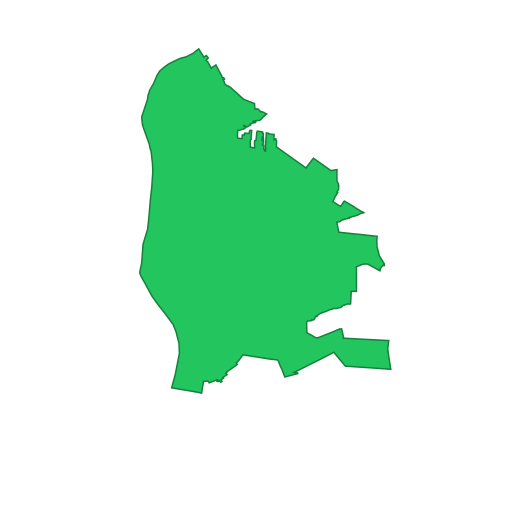 Topalu, Constanta, Romania (Natural Earth projection), rotated 28°
{"feature_id": "2599482B85456823003840", "entity_name": "Topalu", "entity_type": "district", "adm_level": 2, "iso_a3": "ROU", "parent_name": "Romania", "parent_adm1": "Constanta", "projection": "natural_earth1", "projection_center": [28.102, 44.537], "detail": "fine", "context": "isolated", "style": "filled", "palette": "green", "viewbox_px": 512, "rotation_deg": 28, "n_neighbors": 0, "source": "geoboundaries", "source_scale": "gbopen_adm2", "svg_char_len": 5902}
<svg xmlns="http://www.w3.org/2000/svg" viewBox="0 0 512 512"><g transform="rotate(28 256 256)"><path d="M243.4,412.0L254.6,408.3L262.6,405.6L269.5,403.4L272.4,402.6L270.5,397.3L268.6,391.4L271.9,389.2L273.1,389.2L274.2,390.0L280.1,383.2L281.0,383.7L280.6,384.9L281.4,384.7L282.2,383.4L284.1,384.0L284.9,382.8L283.3,381.5L284.7,379.1L283.8,378.7L286.2,374.2L284.4,373.8L284.9,372.7L284.5,372.4L290.4,360.6L288.9,359.8L288.7,359.7L289.2,358.9L289.4,358.3L289.9,356.0L290.4,352.7L290.7,350.0L291.2,349.4L292.3,348.9L307.7,343.6L318.1,340.0L318.2,339.9L322.7,338.1L324.0,337.7L325.1,338.3L328.8,341.5L332.8,344.5L338.2,349.3L348.1,340.2L347.6,339.7L345.9,340.3L344.8,340.7L344.3,340.8L344.5,340.6L353.5,327.9L362.2,315.7L369.2,305.5L369.9,304.5L386.6,311.3L409.8,300.9L427.9,292.9L428.2,292.8L419.5,281.2L415.8,275.9L412.9,268.3L412.6,268.5L388.8,279.6L371.8,287.5L371.7,287.6L371.4,286.6L365.8,280.1L364.7,281.4L364.2,281.0L357.3,289.5L349.7,298.4L348.7,299.3L347.9,299.7L347.0,300.0L346.4,300.1L343.0,299.9L339.4,299.9L336.7,299.7L336.7,299.4L333.4,293.7L331.9,290.7L331.8,290.1L331.8,289.8L332.0,289.3L334.8,287.4L335.2,287.1L335.2,286.1L335.7,286.1L336.3,285.9L336.7,285.6L336.9,285.3L337.2,284.4L337.3,284.1L337.2,283.4L336.9,282.5L337.0,282.1L337.4,281.4L338.1,280.8L337.7,280.6L337.8,280.5L338.5,278.9L339.1,277.5L339.9,276.4L340.8,275.5L341.2,274.8L341.5,274.5L342.5,273.4L343.1,272.9L345.2,270.3L346.8,268.4L347.7,267.6L348.2,267.3L348.7,266.4L349.2,265.8L349.3,265.7L350.2,265.4L351.3,264.8L351.9,264.4L352.5,263.8L353.1,263.2L354.3,262.2L354.7,261.9L355.5,260.8L355.8,259.4L356.0,258.8L356.8,258.2L357.3,257.7L357.8,256.9L358.4,256.5L359.3,255.5L359.9,255.1L360.9,254.7L362.0,253.9L356.7,242.5L356.7,242.4L361.3,240.1L355.4,228.9L350.1,219.0L350.0,218.7L349.6,218.5L354.2,213.1L356.4,211.7L358.4,210.7L372.4,210.9L372.4,210.4L371.6,209.3L372.3,205.0L373.5,204.5L373.8,204.2L373.6,203.8L372.8,203.3L373.1,202.8L364.8,197.9L360.9,193.6L358.4,191.0L358.2,190.8L357.6,189.4L355.6,185.9L354.6,183.9L354.0,182.4L353.7,181.7L350.4,183.1L339.7,187.3L333.2,190.0L318.0,196.1L311.4,188.3L312.9,187.2L313.6,186.6L314.3,185.5L314.5,185.0L315.3,183.6L315.3,183.2L315.8,183.1L316.4,182.8L317.9,181.1L319.0,180.2L319.3,179.7L319.5,179.5L320.6,179.0L320.1,178.4L320.2,178.1L320.9,177.6L321.2,177.6L322.9,175.7L323.5,175.2L324.6,174.2L325.0,173.7L325.6,173.1L326.3,172.5L326.6,172.2L326.7,171.9L327.3,171.0L328.0,170.0L328.7,169.1L329.0,168.7L329.7,168.2L330.1,167.7L330.4,167.6L330.9,167.1L330.5,167.0L330.2,167.1L328.9,167.1L328.1,167.2L321.5,166.8L317.7,166.4L314.3,166.3L312.0,166.2L308.8,166.0L308.3,166.0L308.0,166.5L307.9,167.6L307.7,170.2L307.5,171.7L307.4,172.4L305.8,172.4L298.3,171.9L298.1,166.6L298.3,161.6L297.5,161.5L297.6,159.0L297.6,158.3L297.5,158.0L296.9,156.9L296.1,155.2L295.1,153.9L294.3,153.1L293.2,152.4L292.7,152.0L292.0,151.5L291.1,149.6L289.1,146.0L287.0,141.7L282.0,145.4L260.8,142.7L260.5,144.1L258.8,154.8L249.5,153.6L232.7,151.4L222.7,150.0L220.2,144.8L219.5,144.5L218.5,143.2L217.6,144.1L217.4,144.9L217.3,145.0L216.8,144.1L214.9,140.2L214.8,140.3L209.5,142.4L209.2,141.8L207.3,142.5L207.9,143.7L208.5,144.9L209.8,148.0L210.6,149.6L211.3,151.0L211.8,152.1L212.4,153.6L215.2,158.9L214.9,159.1L214.6,159.1L214.0,158.9L213.7,158.6L213.3,158.1L212.9,158.0L212.8,157.9L212.6,157.8L211.7,156.0L210.9,154.5L210.8,154.4L210.6,154.4L210.4,154.5L209.6,155.0L209.3,154.7L209.1,154.4L209.0,154.0L209.2,153.4L209.7,152.6L208.4,150.5L207.3,151.4L206.7,150.4L206.8,150.2L207.7,149.3L207.2,148.5L206.5,148.8L206.1,148.9L205.7,148.3L205.6,147.8L206.4,147.3L205.0,144.4L204.2,144.6L203.6,143.4L201.0,144.2L198.5,145.2L198.6,146.1L198.9,147.0L200.6,151.2L201.3,152.9L201.6,153.7L201.6,154.0L200.8,154.6L200.8,154.9L200.8,155.2L201.8,157.4L202.6,158.6L204.0,161.3L199.8,162.5L196.5,156.3L196.6,156.0L196.9,155.8L197.0,155.3L196.2,153.8L194.5,150.1L193.4,147.3L193.1,147.1L192.8,147.2L191.9,147.8L191.7,148.1L191.6,148.4L191.6,148.8L192.4,150.8L192.1,151.0L191.2,151.6L189.9,152.1L188.9,152.5L188.5,152.7L188.3,153.0L188.9,154.7L188.8,154.8L188.3,155.1L187.1,155.5L187.7,157.0L188.6,158.9L185.0,160.4L184.1,160.0L183.8,159.6L183.0,157.9L182.7,157.4L182.5,157.2L182.1,156.4L181.7,155.5L181.4,154.8L181.1,154.1L181.0,153.4L181.5,153.3L181.9,153.2L183.6,151.5L185.1,150.1L185.5,149.7L186.3,148.5L186.4,148.0L186.5,147.5L184.2,147.1L183.9,147.0L184.0,146.7L184.3,146.3L184.8,146.2L185.7,146.2L187.3,146.2L187.6,146.2L187.9,145.8L188.5,144.6L189.7,142.9L189.7,142.7L188.9,142.2L190.6,140.2L192.9,138.4L193.0,138.1L192.8,137.7L192.6,137.6L192.3,137.8L190.5,139.1L190.1,138.6L190.6,137.9L191.6,137.1L194.9,135.0L195.5,134.5L195.7,134.2L196.0,133.8L196.3,132.9L197.0,130.1L197.4,129.1L198.1,127.2L198.7,125.6L198.4,125.6L198.0,125.8L196.7,125.7L196.2,125.6L195.7,125.5L195.4,125.5L194.6,125.7L192.8,126.0L192.4,126.5L191.7,126.1L188.9,125.3L188.4,125.4L187.7,125.7L186.1,126.8L183.1,122.1L172.8,123.3L172.0,123.3L171.4,123.3L170.2,123.1L165.1,121.8L163.2,121.3L159.4,120.4L155.1,119.3L154.4,119.1L153.6,119.1L152.6,119.1L152.1,118.9L150.2,119.1L148.5,119.1L148.2,118.9L147.1,118.3L146.3,117.2L146.1,117.0L144.3,115.9L145.2,114.5L143.6,113.8L142.8,114.6L141.1,113.0L136.4,109.9L130.9,106.1L128.3,111.1L122.5,107.4L120.0,106.7L120.9,103.5L118.1,102.3L116.5,104.8L112.3,102.4L108.2,100.0L106.9,102.8L105.3,106.6L101.1,112.6L96.3,117.1L92.9,121.5L88.9,127.1L86.5,131.8L84.2,137.7L83.8,143.2L84.6,151.9L84.5,153.2L84.3,160.2L84.9,162.0L85.1,164.4L86.8,169.1L89.7,186.5L91.1,189.0L94.0,193.2L96.8,196.0L109.4,207.5L112.0,210.8L114.3,212.9L117.2,217.2L121.2,223.0L125.2,229.8L131.5,243.8L136.7,256.8L144.1,274.1L147.7,283.2L150.8,298.8L154.3,306.7L157.9,314.8L158.8,317.3L160.6,323.7L160.9,324.6L161.0,324.6L161.8,326.1L164.8,328.4L169.7,331.5L183.0,340.3L192.7,345.1L202.0,349.2L214.9,355.3L221.0,360.5L229.1,369.4L234.1,378.0L240.5,399.1L243.4,412.0Z" fill="#22c55e" stroke="#15803d" stroke-width="1.5"/></g></svg>